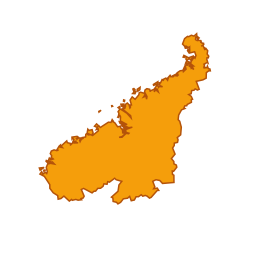 outline of Guangdong, rotated 165°
{"feature_id": "CHN-1180", "entity_name": "Guangdong", "entity_type": "Province", "adm_level": 1, "iso_a3": "CHN", "parent_name": "China", "parent_adm1": "", "projection": "albers", "projection_center": [112.97, 22.878], "detail": "fine", "context": "isolated", "style": "filled", "palette": "amber", "viewbox_px": 256, "rotation_deg": 165, "n_neighbors": 0, "source": "natural_earth", "source_scale": "10m", "svg_char_len": 5899}
<svg xmlns="http://www.w3.org/2000/svg" viewBox="0 0 256 256"><g transform="rotate(165 128 128)"><path d="M154.5,135.7L145.4,138.7L143.0,137.8L141.1,140.2L140.5,138.6L141.2,138.3L139.4,136.5L137.7,131.9L135.0,131.7L135.0,130.0L134.0,128.0L133.7,129.2L133.9,127.6L133.4,128.1L134.6,124.0L133.5,127.3L134.0,124.0L133.0,126.7L133.1,124.4L132.1,125.4L131.9,123.2L135.9,121.3L139.0,121.3L136.2,120.6L131.2,123.3L128.9,122.3L128.4,122.7L131.1,124.4L130.6,127.1L123.6,127.7L127.2,128.1L130.9,131.3L129.5,132.3L127.9,131.5L133.6,136.9L132.3,140.7L132.6,142.3L133.9,142.6L133.0,144.5L133.4,146.3L130.7,148.6L125.3,142.6L122.4,136.9L122.3,139.3L128.6,147.9L126.0,147.8L124.7,149.7L124.6,151.4L122.2,152.3L121.0,150.2L121.0,146.8L120.4,147.2L119.7,149.6L118.7,149.4L118.8,154.4L115.9,157.0L113.7,153.9L109.0,157.2L108.0,159.2L106.5,159.3L103.3,157.3L102.9,155.7L105.0,153.9L102.4,154.2L102.6,151.0L101.5,153.5L102.7,158.5L101.6,160.4L99.6,161.1L97.0,159.8L97.2,157.3L96.7,158.1L93.0,158.6L92.4,158.0L93.3,156.1L91.4,157.8L89.4,155.0L89.7,158.0L92.2,159.2L88.8,161.9L88.0,161.8L89.0,161.3L88.0,160.8L87.9,159.4L87.2,160.0L83.9,158.9L86.0,160.5L86.5,161.9L85.6,162.8L86.7,163.6L84.7,163.4L82.6,165.9L81.3,164.5L81.7,165.8L78.6,166.4L77.4,163.9L76.9,164.8L77.6,165.8L75.6,165.6L76.7,166.0L73.1,168.4L74.0,166.7L71.2,165.8L70.3,166.3L72.1,166.7L68.5,167.4L69.6,166.7L66.9,165.5L65.8,166.2L66.5,167.0L65.6,168.1L67.3,167.0L68.0,167.4L66.0,168.7L62.8,169.8L60.1,169.4L57.0,173.2L57.7,170.7L56.8,171.4L56.7,170.1L59.8,168.9L59.9,168.1L56.7,169.8L56.6,174.0L55.0,173.5L55.4,174.1L52.6,174.3L51.3,175.0L51.1,172.3L52.5,172.7L52.7,171.9L51.7,171.8L52.8,171.0L51.4,171.7L51.5,169.2L50.6,169.5L49.7,168.4L50.3,167.7L49.5,168.1L50.2,171.1L48.6,170.9L50.7,173.7L50.4,175.4L45.6,179.5L45.1,178.2L43.6,180.4L43.9,184.4L49.5,184.5L50.5,187.3L49.8,188.3L49.1,187.8L48.7,185.3L47.6,189.9L48.3,189.3L47.9,190.4L49.2,190.3L50.4,191.9L52.2,192.4L53.6,195.0L50.2,199.7L46.8,201.1L45.7,200.5L42.8,201.2L40.5,199.7L37.3,201.3L37.7,198.9L36.0,196.6L37.1,196.0L39.1,198.2L39.9,195.9L38.7,194.7L38.1,195.2L37.8,193.9L37.4,195.6L36.9,194.2L35.0,193.5L35.7,191.3L35.0,192.5L34.5,190.7L33.1,190.3L33.2,189.1L36.1,188.0L34.2,188.6L33.6,184.0L32.8,184.0L33.0,185.4L32.1,184.4L32.4,185.3L31.0,182.0L32.4,179.0L31.4,176.5L32.3,175.0L33.5,175.4L34.1,174.0L34.0,170.1L34.6,170.8L38.1,170.0L37.7,169.2L38.9,167.3L38.2,167.1L38.7,166.3L36.1,165.9L35.3,167.2L35.0,164.5L33.6,163.8L33.7,161.9L35.3,162.3L38.0,161.2L39.6,155.9L43.2,155.1L50.0,155.4L49.2,147.0L51.1,146.7L53.0,148.4L54.5,147.4L56.8,147.7L58.1,144.8L60.7,144.6L58.7,142.2L58.2,139.1L59.5,139.0L60.1,136.4L64.7,135.4L65.5,134.3L67.4,134.7L68.8,132.9L68.0,132.1L71.6,131.7L75.7,127.4L77.4,123.1L76.3,121.1L76.3,115.0L78.9,107.8L82.9,106.0L82.7,103.6L83.9,101.3L87.2,101.4L87.9,99.1L90.1,97.1L89.3,90.6L94.0,87.2L92.4,83.8L92.9,81.5L90.9,79.7L91.0,77.5L95.1,74.4L96.4,75.0L97.0,71.7L95.9,70.5L97.7,63.5L109.0,65.5L110.9,69.1L114.4,70.8L117.9,70.1L117.3,64.3L118.9,62.7L115.3,62.4L114.5,59.8L115.9,60.1L123.6,55.0L125.4,54.7L127.2,57.3L128.8,58.4L131.4,58.3L132.5,60.1L135.7,58.9L138.0,59.5L140.5,56.8L143.7,56.9L144.1,61.5L146.6,60.3L150.8,60.8L154.4,58.1L157.4,57.3L158.3,59.2L161.4,60.9L160.7,64.3L161.9,65.5L154.0,69.5L151.5,75.3L147.8,78.1L152.8,81.1L153.9,82.9L159.9,80.5L161.5,81.4L162.8,79.1L165.7,80.3L167.2,78.1L170.1,76.9L172.8,77.5L175.6,75.4L177.3,75.7L179.5,74.6L186.5,81.1L189.0,80.7L188.0,73.5L189.4,72.0L191.7,72.0L191.3,70.7L194.9,71.2L196.9,72.5L200.5,72.6L201.0,73.6L203.6,72.6L207.5,78.8L211.1,77.2L213.9,77.3L213.4,80.9L217.0,84.8L219.1,89.9L218.2,93.5L221.3,102.9L225.0,106.3L222.7,108.2L222.2,105.4L219.2,106.6L218.3,105.1L217.2,106.7L217.2,111.1L214.9,114.0L211.9,113.9L208.4,112.2L209.8,114.8L214.3,114.7L215.8,117.1L215.3,117.8L213.2,116.1L212.2,116.0L213.5,117.0L211.8,119.3L210.8,117.2L208.2,117.4L208.7,118.3L210.7,118.0L208.9,120.9L209.7,123.4L208.0,125.6L205.1,126.0L202.7,124.6L200.8,124.6L202.5,125.2L199.1,128.4L197.8,129.0L198.5,127.1L196.4,126.1L197.3,127.9L190.5,131.4L190.4,129.5L187.2,127.8L188.4,126.2L184.0,128.6L183.3,128.3L183.7,127.4L180.0,126.6L182.0,127.2L181.7,128.7L184.0,129.0L185.4,128.2L183.2,131.0L184.0,132.4L184.9,131.8L184.5,133.7L179.3,133.1L178.4,132.0L180.6,131.1L180.2,130.4L179.0,131.1L175.7,130.5L177.9,128.7L177.8,127.2L176.0,129.2L174.1,129.6L174.3,130.6L171.3,130.3L170.4,132.8L169.3,133.3L168.2,131.6L166.1,131.3L168.8,133.7L167.1,137.3L166.3,135.8L163.1,135.7L163.0,132.2L165.0,130.6L164.1,129.9L157.4,133.0L157.0,134.7L159.1,134.7L156.7,137.1L158.0,136.8L159.9,138.4L157.3,140.1L154.5,135.7ZM54.2,179.4L53.4,182.1L51.4,180.2L46.3,180.6L46.3,179.5L47.4,179.3L47.1,178.6L48.0,178.8L48.7,178.4L47.4,178.2L50.1,177.6L50.8,179.2L53.7,178.1L54.2,179.4ZM112.4,159.3L114.6,160.1L112.9,161.2L113.2,164.4L112.1,164.6L111.3,163.3L112.3,161.6L110.7,161.3L112.4,159.3ZM130.4,127.8L133.5,131.8L132.5,131.8L128.3,127.8L130.4,127.8ZM87.9,162.8L92.2,162.6L92.2,163.5L87.2,165.0L87.9,162.8ZM56.1,175.1L54.1,177.5L50.9,175.3L54.2,174.7L54.5,176.0L56.1,175.1ZM132.2,132.2L134.5,134.6L134.7,136.1L130.4,132.8L132.2,132.2ZM219.2,111.6L223.8,110.0L224.0,112.3L219.2,111.6ZM109.0,161.0L109.1,163.0L105.8,164.2L106.6,161.9L109.0,161.0ZM128.8,150.8L128.7,152.8L126.2,152.3L128.1,150.4L128.8,150.8ZM127.6,148.5L126.3,150.8L125.4,150.9L125.2,149.6L127.6,148.5ZM55.4,181.6L56.4,182.2L55.2,183.7L54.2,182.7L55.4,181.6ZM130.4,150.2L131.6,149.4L132.3,150.3L130.7,150.9L130.4,150.2ZM125.4,155.1L124.9,156.3L124.0,155.7L124.6,154.5L125.4,155.1ZM52.0,190.2L52.1,191.6L51.6,191.9L50.6,190.0L52.0,190.2ZM131.8,126.1L132.4,127.5L132.2,128.3L131.3,127.2L131.8,126.1ZM220.4,107.9L220.3,109.0L219.0,108.9L218.9,108.7L220.4,107.9ZM134.3,140.6L135.1,141.1L134.2,142.0L133.9,141.4L134.3,140.6ZM151.9,150.9L151.9,151.6L149.4,152.1L151.9,150.9ZM138.1,152.9L138.0,153.8L137.5,153.7L137.2,153.0L138.1,152.9Z" fill="#f59e0b" stroke="#b45309" stroke-width="1.5"/></g></svg>